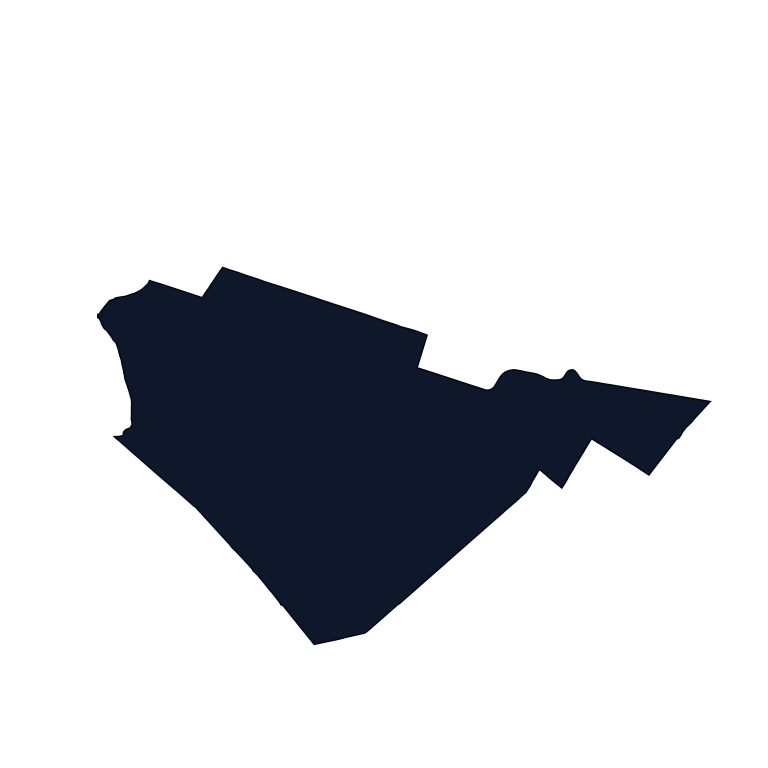 Priseaca, Olt, Romania (Albers equal-area conic projection), rotated 231°
{"feature_id": "2599482B1273612422996", "entity_name": "Priseaca", "entity_type": "district", "adm_level": 2, "iso_a3": "ROU", "parent_name": "Romania", "parent_adm1": "Olt", "projection": "albers", "projection_center": [24.461, 44.502], "detail": "fine", "context": "isolated", "style": "filled", "palette": "ink", "viewbox_px": 768, "rotation_deg": 231, "n_neighbors": 0, "source": "geoboundaries", "source_scale": "gbopen_adm2", "svg_char_len": 6075}
<svg xmlns="http://www.w3.org/2000/svg" viewBox="0 0 768 768"><g transform="rotate(231 384 384)"><path d="M146.6,532.6L157.3,577.4L157.0,577.6L156.7,578.0L156.5,578.5L156.5,579.2L156.7,580.0L157.2,581.7L157.7,583.4L158.5,584.7L158.7,585.6L159.2,587.3L159.6,589.0L160.0,590.6L160.2,591.2L160.3,594.7L160.6,597.2L160.9,599.9L161.5,602.1L161.9,604.5L165.1,626.4L165.1,626.5L176.5,616.4L178.2,614.9L184.1,609.7L188.4,605.9L192.7,602.1L199.3,596.2L204.2,591.9L213.3,583.9L224.9,573.5L235.7,564.0L240.0,560.2L241.9,558.5L244.3,556.3L246.6,554.3L251.0,550.4L255.4,546.5L258.0,543.9L258.8,543.2L259.5,542.6L260.1,542.1L260.6,541.8L261.2,541.4L262.0,541.0L262.9,540.7L263.7,540.4L264.9,540.2L265.9,540.2L266.6,540.3L268.2,540.4L269.9,540.6L270.8,540.7L271.8,540.6L272.9,540.6L273.5,540.6L274.2,540.5L274.7,540.3L275.2,540.1L275.6,539.8L276.2,539.4L276.8,538.8L276.9,538.5L277.0,538.4L277.0,538.5L277.3,538.0L277.8,537.1L277.9,536.7L278.0,536.3L278.1,535.9L278.2,535.6L278.2,534.9L278.2,534.5L278.0,533.8L277.9,533.2L277.2,531.2L276.6,529.5L276.5,529.1L276.3,528.7L276.3,528.4L276.1,527.7L276.1,527.2L276.0,526.5L276.0,525.9L276.1,525.5L276.2,525.0L276.4,524.1L276.6,523.6L276.9,523.0L277.3,522.3L277.6,521.9L278.3,520.9L279.5,519.4L281.2,517.3L281.9,516.5L282.7,515.7L283.2,515.3L283.6,515.1L284.3,514.7L286.8,513.2L287.8,512.8L288.4,512.6L289.3,512.3L290.6,511.7L293.0,510.4L293.4,510.1L294.6,509.5L295.0,509.3L295.7,508.8L296.6,508.1L297.7,507.3L301.9,503.7L303.3,502.5L304.5,501.5L310.2,496.8L312.1,495.1L313.1,494.0L313.9,493.0L314.7,491.6L315.3,490.5L315.9,489.2L316.3,488.2L316.5,487.3L316.8,486.3L317.0,485.3L317.0,484.4L317.0,483.4L317.0,482.6L316.9,481.8L316.7,480.7L316.6,479.9L316.5,479.6L316.5,479.4L316.3,478.7L315.7,477.0L315.0,475.0L313.7,471.4L313.1,469.8L312.7,468.5L312.5,468.0L312.4,467.3L312.2,466.6L312.2,466.0L312.3,465.4L312.3,464.9L312.4,464.3L312.6,463.5L312.9,462.7L313.0,462.3L313.6,461.3L314.1,460.6L314.4,460.2L314.7,459.8L315.1,459.5L315.6,459.0L316.0,458.7L317.5,457.8L321.2,455.4L327.0,451.6L331.6,448.6L334.4,446.8L341.4,442.3L357.6,431.8L373.4,421.5L375.9,419.9L376.4,420.8L394.7,448.0L394.8,448.2L395.1,448.1L405.3,442.0L409.5,439.2L416.8,433.9L417.4,433.4L419.6,432.0L421.3,431.2L423.2,430.0L430.1,425.5L433.7,423.2L438.6,420.2L438.8,420.0L448.0,414.4L460.0,406.7L484.6,390.7L498.0,382.2L523.4,365.7L532.6,359.6L539.5,355.1L545.0,351.8L554.7,345.5L564.2,339.6L570.8,335.2L575.8,332.2L576.1,332.1L576.0,331.5L575.5,330.0L575.2,328.7L575.0,327.9L574.5,326.2L574.2,325.3L573.8,323.8L573.4,322.6L573.0,321.2L572.6,320.0L571.9,317.9L571.4,316.2L571.0,315.1L570.8,314.2L570.4,312.6L569.5,309.9L568.9,308.5L568.4,306.4L567.6,303.7L567.2,302.4L567.0,301.6L566.4,299.9L565.4,297.1L599.1,275.4L612.0,266.8L611.1,265.3L610.4,263.6L609.9,257.6L609.9,255.2L610.5,251.0L611.5,246.8L612.4,244.9L614.8,238.3L619.1,230.9L620.0,228.8L619.7,227.6L620.4,225.9L620.7,225.3L621.2,224.1L621.4,222.8L620.9,220.4L620.5,218.4L620.3,217.7L620.2,216.7L619.9,215.2L619.6,214.1L619.4,213.2L619.2,212.2L618.9,211.1L618.7,210.2L618.4,209.0L618.0,208.2L617.2,206.6L618.2,205.8L618.0,205.4L617.5,204.8L616.9,204.3L616.3,203.9L616.0,203.4L615.2,203.4L614.4,203.6L613.9,204.0L612.8,203.8L612.1,203.6L611.1,203.4L610.4,203.2L609.5,202.9L608.7,202.4L608.0,202.1L606.8,202.2L605.9,201.9L604.9,201.7L604.2,201.6L603.5,201.6L601.8,201.7L600.7,202.1L599.7,202.1L598.7,202.1L597.8,202.1L596.9,202.1L593.3,201.9L591.3,201.7L590.2,201.6L588.5,201.3L587.7,201.2L586.7,201.5L585.2,201.6L584.6,201.6L584.1,201.4L583.6,201.3L582.9,201.1L582.0,200.8L580.4,200.1L579.5,199.8L577.5,199.0L575.6,198.0L573.6,197.2L571.9,196.4L571.1,196.2L570.5,195.9L569.8,195.7L569.4,195.6L569.1,195.4L568.5,195.2L568.0,195.0L566.9,194.4L566.3,194.1L565.7,193.7L563.2,192.4L561.9,191.8L559.0,190.4L558.2,190.0L556.4,188.9L555.3,188.4L554.4,187.9L553.5,187.4L552.6,186.9L551.1,186.0L550.5,185.7L549.9,185.5L546.4,184.2L544.5,183.6L542.6,182.8L540.4,182.0L538.3,181.2L537.9,181.0L534.2,179.4L533.0,178.9L532.2,178.5L530.5,177.7L530.3,177.5L529.8,177.2L528.7,176.4L527.3,175.3L526.1,174.3L524.3,172.7L522.0,170.9L517.4,167.1L516.4,166.3L516.5,166.1L516.1,165.8L515.3,165.3L513.9,164.6L512.9,164.0L512.3,163.7L512.0,163.5L511.6,163.1L511.2,162.9L510.9,162.7L510.6,162.7L510.7,161.9L510.5,161.3L510.1,160.6L509.8,159.7L509.7,159.1L509.8,158.4L510.1,157.7L510.3,157.1L510.5,156.3L510.7,155.6L510.9,154.7L511.0,154.3L510.9,153.0L510.7,151.9L510.3,151.0L509.5,150.3L508.6,149.5L508.5,149.1L508.5,148.6L508.7,147.3L509.2,146.7L509.7,145.7L510.0,145.0L510.6,144.2L511.7,142.7L512.8,141.4L510.7,141.6L508.1,142.1L505.6,142.6L494.5,144.5L488.6,145.5L483.0,146.5L478.3,147.3L473.1,148.2L466.8,149.3L461.9,150.1L456.8,151.0L447.4,152.7L443.5,153.4L439.2,154.2L435.7,154.8L434.7,155.0L431.2,155.7L426.4,156.5L420.5,157.5L416.5,158.2L412.1,158.9L408.4,159.5L408.2,160.0L355.9,163.1L353.3,162.9L350.1,163.2L348.2,163.5L347.2,163.6L338.1,164.3L332.2,164.7L327.8,165.0L322.9,165.2L321.4,164.7L318.0,165.2L315.1,165.5L311.1,165.5L305.2,165.6L301.9,165.6L296.7,165.5L291.9,165.7L285.9,165.6L280.6,165.5L278.6,165.3L276.8,165.0L276.2,166.1L225.6,165.9L218.9,179.0L216.4,183.8L213.4,189.9L211.4,194.4L206.4,204.6L202.9,211.6L202.4,213.7L202.5,220.6L202.7,224.9L204.0,257.1L203.6,257.2L206.1,319.6L206.7,331.8L207.0,340.7L207.2,345.7L207.5,351.7L207.8,360.0L208.2,369.7L208.5,378.2L209.0,390.8L209.2,396.0L209.5,400.8L209.6,405.9L209.9,414.6L210.4,422.1L210.4,424.5L210.5,426.1L211.8,429.8L212.8,433.3L214.0,435.7L215.1,438.2L216.3,441.5L217.5,444.8L218.7,447.6L220.0,451.1L217.7,451.5L215.1,452.0L213.0,452.4L211.4,452.8L208.8,453.1L206.1,453.6L204.2,454.0L198.3,455.2L195.5,455.9L191.3,456.7L191.7,458.0L192.4,460.2L192.9,461.6L193.7,464.0L194.0,464.8L194.6,466.4L195.3,467.9L196.0,469.4L197.0,472.2L198.2,475.7L199.5,479.1L200.8,482.4L201.8,485.5L204.2,492.0L205.4,495.6L206.4,498.1L208.9,504.9L209.9,507.7L211.0,510.8L208.5,511.7L204.3,513.1L199.8,514.8L193.6,516.9L189.9,518.1L186.5,519.4L182.8,520.6L172.8,524.1L171.7,524.5L170.1,525.0L167.5,525.8L162.5,527.6L146.6,532.6Z" fill="#0f172a" stroke="#020617" stroke-width="1.5"/></g></svg>